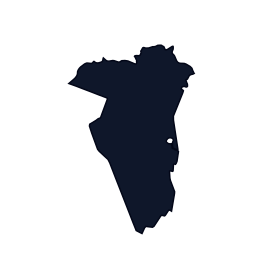 the Province of Mary, rotated 202°
{"feature_id": "TKM-360", "entity_name": "Mary", "entity_type": "Province", "adm_level": 1, "iso_a3": "TKM", "parent_name": "Turkmenistan", "parent_adm1": "", "projection": "orthographic", "projection_center": [62.192, 37.327], "detail": "fine", "context": "isolated", "style": "filled", "palette": "ink", "viewbox_px": 256, "rotation_deg": 202, "n_neighbors": 0, "source": "natural_earth", "source_scale": "10m", "svg_char_len": 3517}
<svg xmlns="http://www.w3.org/2000/svg" viewBox="0 0 256 256"><g transform="rotate(202 128 128)"><path d="M199.5,147.1L196.0,153.9L195.5,155.3L195.1,157.0L195.0,157.8L195.1,158.7L195.2,159.5L195.8,161.2L195.9,162.0L195.8,163.7L195.4,165.3L194.8,166.8L192.3,171.0L191.6,171.8L190.5,172.8L189.3,173.2L186.8,173.9L186.2,174.2L185.7,174.5L185.3,175.0L184.8,176.7L184.5,177.0L184.1,176.9L183.5,176.7L182.1,176.5L180.8,176.8L179.6,177.4L177.4,179.2L177.0,179.7L176.7,180.4L176.7,181.2L177.1,183.2L177.1,183.7L173.8,182.5L172.8,182.3L172.3,182.4L171.7,182.5L170.7,182.8L167.5,184.8L166.2,185.2L161.9,185.5L161.3,185.6L160.6,186.0L160.1,186.5L159.4,187.6L158.9,188.1L156.1,189.4L153.1,190.1L145.7,190.0L144.9,190.2L144.4,190.7L144.3,191.5L144.5,192.0L144.9,192.6L145.0,193.3L145.2,193.8L147.0,195.4L147.5,196.1L147.7,196.3L148.6,196.6L148.8,196.8L148.8,197.1L148.6,197.5L147.6,198.2L145.0,199.1L144.1,200.0L144.0,200.6L144.1,202.8L144.2,203.3L144.8,203.8L144.9,204.2L144.6,205.5L144.5,207.1L144.3,207.9L143.8,208.4L143.1,208.6L141.7,208.7L141.0,208.9L138.7,210.0L135.6,212.6L135.4,212.6L133.3,213.7L132.4,214.6L131.9,215.2L131.5,215.7L131.0,216.0L128.5,217.1L127.9,217.2L127.6,217.2L126.6,216.8L126.2,216.8L125.9,216.9L125.5,216.9L125.1,216.7L122.9,214.6L121.9,214.7L120.8,215.7L117.5,220.3L116.9,220.6L116.5,220.2L115.9,218.6L115.7,218.0L115.7,216.3L115.7,215.5L115.5,214.8L115.1,214.1L114.6,213.6L112.7,212.8L111.7,212.1L108.2,208.6L107.3,208.0L106.3,207.5L104.3,207.4L100.1,208.9L98.1,209.0L93.4,208.3L91.1,207.3L89.6,205.6L87.3,203.5L87.1,203.4L87.4,203.0L87.8,202.5L88.1,202.2L89.3,201.4L89.6,201.1L90.7,199.9L90.8,199.5L90.9,198.9L91.2,195.8L91.3,195.6L91.4,195.4L91.6,195.0L92.4,194.3L92.5,194.2L92.3,193.8L92.2,193.7L91.6,193.3L90.3,191.8L89.8,191.4L89.3,190.8L89.1,190.4L88.6,189.3L88.5,189.0L88.6,188.7L88.8,188.2L89.0,188.0L89.3,187.9L89.9,187.7L91.0,187.7L91.4,187.6L91.6,187.6L91.8,187.4L92.3,187.1L92.6,186.9L92.9,186.6L93.1,186.5L93.2,186.4L93.3,186.2L93.2,184.1L92.9,183.8L91.4,183.7L91.0,183.5L90.6,183.3L90.4,181.1L90.4,168.4L90.4,156.1L88.8,152.3L81.0,139.1L79.8,137.1L73.7,126.8L73.7,126.5L73.9,126.4L74.1,126.3L75.6,126.3L76.3,126.2L76.8,126.2L78.3,126.4L78.6,126.6L78.8,126.7L79.5,127.3L79.9,128.0L80.7,129.5L81.1,130.5L81.3,131.4L81.3,133.5L81.4,133.8L81.8,134.3L82.1,134.5L82.5,134.8L83.1,135.0L83.7,135.0L84.2,135.0L84.6,134.9L85.5,134.7L86.3,134.1L86.5,134.0L87.0,133.4L87.3,132.8L87.5,132.1L87.7,131.7L87.7,131.4L87.7,130.9L87.7,130.4L87.6,130.2L87.5,129.9L87.3,129.7L87.2,129.5L87.0,129.3L86.5,129.1L85.0,128.7L84.0,128.8L83.8,128.8L82.8,129.2L82.3,129.4L82.0,129.6L81.8,129.7L81.7,129.6L80.0,126.5L79.7,126.1L79.4,125.8L79.1,125.8L78.6,125.7L75.7,125.4L75.0,125.6L74.2,125.5L73.6,125.5L73.2,125.5L72.7,125.4L72.4,125.1L70.1,115.5L70.1,113.3L70.4,112.1L71.1,112.1L71.7,111.8L72.1,111.3L71.8,110.1L70.2,105.3L70.2,104.8L70.4,104.5L71.0,104.4L72.3,104.2L72.9,104.0L73.3,103.6L73.0,102.7L70.4,97.2L69.1,95.3L60.9,86.4L60.3,84.5L56.5,67.2L58.2,67.5L58.8,67.4L59.3,67.2L59.6,66.5L59.8,65.8L60.6,61.5L60.8,60.9L61.1,60.3L61.6,60.1L63.7,59.8L64.3,59.5L64.6,58.8L64.8,58.1L67.1,46.6L68.1,45.2L72.4,44.0L74.5,43.5L74.8,42.7L75.2,42.0L75.5,35.4L82.0,36.0L83.1,37.2L88.1,42.4L94.2,48.9L121.2,77.5L131.8,88.8L134.8,91.4L138.3,92.7L145.9,95.6L148.2,96.9L159.9,109.9L164.5,115.4L164.9,117.2L160.4,123.2L159.2,125.3L158.6,125.9L157.3,127.1L157.9,146.6L158.2,147.7L159.2,148.0L167.2,147.8L175.3,147.7L184.7,147.5L191.6,147.4L199.5,147.1L199.5,147.1Z" fill="#0f172a" stroke="#020617" stroke-width="1.5"/></g></svg>